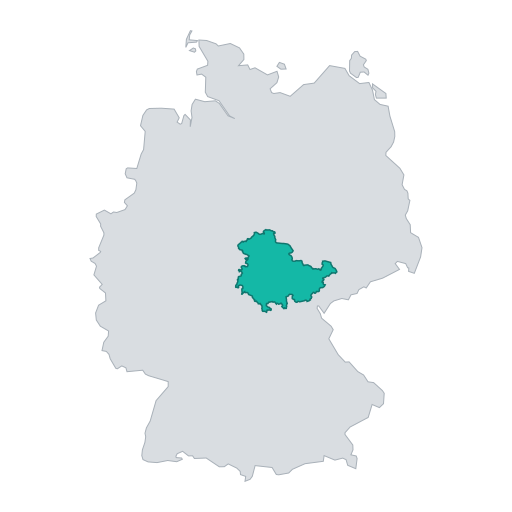 where Thüringen sits in Germany
{"feature_id": "DEU-1577", "entity_name": "Thüringen", "entity_type": "State", "adm_level": 1, "iso_a3": "DEU", "parent_name": "Germany", "parent_adm1": "", "projection": "albers", "projection_center": [10.909, 50.922], "detail": "fine", "context": "in_parent", "style": "filled", "palette": "teal", "viewbox_px": 512, "rotation_deg": 0, "n_neighbors": 0, "source": "natural_earth", "source_scale": "10m", "svg_char_len": 9585}
<svg xmlns="http://www.w3.org/2000/svg" viewBox="0 0 512 512"><path d="M219.3,466.8L206.2,458.0L194.4,458.5L192.6,455.8L188.5,455.9L182.6,451.3L177.2,453.7L175.9,456.2L176.2,457.6L181.6,458.0L182.3,459.3L176.7,461.7L167.7,460.5L157.0,462.6L148.1,461.9L143.0,459.6L141.8,455.6L142.4,449.9L144.9,442.4L145.7,436.8L145.0,433.2L146.4,427.9L150.2,421.0L156.1,400.6L168.2,386.6L168.2,381.6L148.6,375.7L145.4,374.1L142.7,370.2L127.0,371.7L125.9,367.8L121.8,365.9L117.3,368.8L115.8,368.3L110.2,358.8L109.0,354.4L106.3,351.4L102.0,350.6L103.8,342.2L108.2,336.2L108.6,331.0L100.3,326.2L96.3,320.0L95.6,313.0L98.6,305.2L105.9,300.8L105.5,293.0L99.8,288.5L99.5,287.2L102.2,284.4L93.9,274.9L96.5,266.2L95.1,263.5L91.2,261.2L90.0,258.5L93.0,258.0L100.3,252.4L100.7,251.4L98.7,250.4L98.7,247.8L103.9,235.1L103.9,232.8L100.6,226.2L100.7,224.0L96.2,216.5L96.3,214.1L104.4,210.1L110.9,213.8L113.5,212.0L116.8,212.5L125.0,209.6L127.4,205.8L124.4,202.4L124.9,199.8L134.3,193.1L135.9,189.7L136.8,183.1L135.8,180.8L134.7,179.3L127.0,177.8L125.2,173.8L126.2,168.8L127.6,167.9L136.8,168.5L141.2,154.0L143.6,149.6L145.2,131.4L140.5,125.7L142.9,115.4L146.6,109.9L149.3,108.5L161.2,108.2L174.1,109.1L179.2,117.8L177.1,122.1L180.2,124.2L181.7,123.5L183.9,115.6L185.1,114.4L190.4,119.9L190.2,126.8L192.0,117.5L191.1,110.9L192.1,104.5L195.4,99.2L204.8,101.7L215.3,100.8L219.3,103.4L228.0,115.8L234.8,118.6L229.6,115.9L219.0,100.7L207.7,96.6L205.3,92.2L205.8,77.2L201.6,74.1L197.0,75.0L196.4,71.6L197.3,69.1L207.6,65.3L207.9,61.3L199.1,46.4L198.9,40.0L206.6,40.5L216.0,43.8L218.3,46.0L230.3,43.5L239.5,47.9L243.8,54.1L243.9,59.5L238.5,65.7L247.7,64.9L250.0,69.5L255.0,67.8L267.5,74.9L277.0,71.3L278.7,77.0L276.9,82.7L270.1,88.8L271.6,92.6L273.8,93.5L280.1,92.6L290.2,96.3L303.6,84.6L314.2,83.1L329.6,65.6L344.9,68.4L349.1,75.7L359.6,83.6L368.9,82.5L372.5,90.1L374.4,99.6L380.0,104.4L388.1,106.2L389.9,116.1L394.7,131.7L394.8,136.5L393.6,142.0L391.1,146.7L386.0,152.3L385.8,155.5L399.9,168.3L403.9,174.9L402.1,184.7L404.5,189.4L406.9,190.8L407.9,193.2L408.2,198.9L409.9,200.4L407.7,210.8L405.3,215.1L406.3,218.6L410.2,224.7L410.6,232.7L418.5,237.4L422.0,247.7L420.6,256.9L414.3,273.3L408.6,271.4L408.8,268.0L407.7,267.8L405.7,263.6L397.4,261.4L395.2,263.6L399.5,269.4L382.7,278.1L370.4,281.8L366.2,288.0L363.9,286.8L358.9,289.6L357.0,293.5L351.0,294.8L348.4,299.8L341.8,298.5L333.9,300.9L330.4,303.5L324.1,313.3L318.7,305.9L317.4,306.0L317.1,308.4L320.3,313.7L321.6,318.2L331.1,326.2L333.2,329.7L328.8,338.8L338.2,354.7L345.2,362.1L349.1,361.9L357.8,371.6L363.6,375.0L368.0,381.8L373.6,382.6L382.4,390.6L384.2,393.3L383.5,403.7L379.4,407.6L372.1,404.5L368.2,417.4L350.1,427.0L345.0,432.7L345.0,434.5L352.8,445.0L353.0,449.8L350.9,454.8L356.2,456.0L357.1,458.5L355.8,468.7L347.7,465.3L346.1,459.7L342.7,458.1L334.9,460.1L324.1,455.6L323.3,461.3L305.0,463.7L292.4,469.3L288.7,473.0L278.7,474.8L276.3,474.5L272.1,467.5L255.1,465.6L252.3,476.3L250.1,479.3L245.0,481.3L245.7,476.4L240.5,474.6L240.2,471.4L236.8,468.1L228.2,463.9L224.3,466.7L219.3,466.8ZM367.9,69.3L368.9,73.2L368.0,75.2L364.1,72.0L360.3,72.2L358.2,77.3L356.5,77.6L350.5,73.2L349.5,71.0L349.7,60.6L351.4,58.3L351.6,55.1L354.7,51.6L357.6,51.4L360.1,56.2L365.8,59.2L366.3,60.6L363.4,64.8L364.2,67.0L367.9,69.3ZM385.9,93.5L386.2,98.1L376.4,98.1L375.4,94.6L376.0,91.3L372.6,87.8L372.5,83.9L385.9,93.5ZM188.0,42.8L185.8,47.4L186.4,39.3L190.4,30.7L191.9,31.0L189.7,34.9L189.2,39.8L197.5,40.6L196.5,42.1L188.0,42.8ZM286.1,69.0L280.9,69.2L276.9,66.3L279.4,62.4L284.4,64.2L286.1,69.0ZM195.8,50.9L194.5,52.2L189.5,50.6L193.3,48.0L195.4,48.8L195.8,50.9Z" fill="#d9dde1" stroke="#a8b0b8" stroke-width="1"/><path d="M238.8,248.7L238.6,248.5L238.7,247.9L238.5,247.1L238.1,246.6L237.9,245.7L237.9,245.4L238.2,244.8L240.7,242.7L241.1,242.2L241.9,241.8L242.2,241.3L243.2,242.0L243.4,242.0L243.8,241.4L244.3,241.3L246.1,241.4L246.0,240.9L246.9,240.4L247.3,239.7L247.2,239.3L247.3,239.1L247.6,238.7L248.3,238.7L248.6,239.2L249.1,239.2L251.2,238.0L251.6,237.1L252.8,236.3L253.1,235.8L253.7,235.4L253.9,235.1L254.5,233.4L254.3,232.8L254.3,232.6L256.0,232.2L256.3,232.3L258.0,233.2L259.3,234.3L260.8,234.3L263.0,233.3L263.3,233.3L264.0,234.0L264.3,233.8L264.3,233.1L263.4,231.7L263.5,231.4L264.1,230.7L265.9,229.6L266.5,230.0L269.7,229.9L271.3,230.8L272.4,230.8L272.8,231.3L274.0,231.8L274.5,231.8L274.8,232.1L275.0,232.6L275.0,233.1L274.9,233.3L274.5,233.4L273.8,233.2L273.6,233.5L273.6,233.8L274.1,235.3L274.8,236.3L274.8,237.6L275.3,238.9L275.7,239.5L275.5,240.8L275.5,241.8L275.8,242.3L276.7,242.9L282.3,243.5L283.8,243.5L287.2,244.0L288.1,244.3L290.0,245.8L291.0,247.6L293.1,250.7L292.8,251.4L292.1,252.3L291.1,252.9L289.3,253.2L288.8,253.9L289.2,254.6L290.1,255.2L290.8,255.5L291.2,255.9L292.0,257.2L292.2,258.1L292.3,259.0L291.9,259.4L292.1,260.4L292.5,260.9L293.1,261.2L295.1,261.2L296.2,260.6L297.9,260.8L299.6,260.8L301.0,260.5L302.0,261.2L302.0,261.5L302.1,262.6L302.4,263.2L302.6,263.6L303.0,264.2L303.2,265.0L303.7,265.5L303.9,265.6L304.4,265.2L307.6,264.9L308.1,265.0L308.9,265.6L310.7,266.3L311.2,266.8L311.4,267.5L311.8,267.9L313.0,268.5L313.0,269.0L315.7,268.7L317.8,269.3L318.8,268.8L320.0,269.7L320.2,270.2L320.5,270.2L321.2,269.7L321.0,269.2L321.1,268.7L322.3,267.1L323.2,265.5L323.2,265.1L323.0,264.7L322.7,264.4L322.1,264.2L322.2,262.8L322.8,261.6L322.7,261.2L325.0,260.9L330.7,262.5L331.0,264.2L332.1,266.1L332.5,267.0L333.0,267.5L335.1,268.5L336.0,269.9L336.8,271.5L336.8,272.0L336.2,272.3L335.5,273.3L335.0,272.9L334.5,273.0L333.3,272.9L332.5,273.0L331.8,272.7L331.6,273.3L330.2,274.2L329.4,275.1L328.8,276.1L328.6,276.1L328.1,275.8L326.8,276.0L325.4,277.2L322.8,278.0L322.7,278.6L323.2,279.1L323.8,279.3L323.9,279.7L323.3,280.5L322.9,280.6L322.5,280.9L322.2,281.6L322.2,282.1L322.8,282.0L323.2,282.3L323.3,282.5L323.1,283.3L323.4,284.1L323.6,284.5L324.0,284.7L324.9,284.7L325.2,284.8L324.5,286.1L324.1,286.6L322.7,287.6L320.3,287.7L319.3,289.0L319.4,290.2L319.2,291.1L318.9,291.4L317.9,291.7L317.1,291.4L316.5,291.5L315.7,292.9L315.3,293.2L314.7,293.2L314.2,292.5L313.9,292.4L313.6,292.3L313.2,292.4L312.4,293.5L311.5,294.2L310.9,295.3L310.9,295.6L310.9,295.9L311.5,296.4L311.7,296.8L311.7,297.3L311.3,297.8L311.2,298.5L310.3,298.9L310.0,299.2L309.9,299.6L310.2,300.0L309.0,300.8L307.2,301.4L307.2,300.9L306.4,300.6L306.2,300.2L305.7,300.1L304.9,300.3L304.7,300.6L304.1,300.8L299.7,301.8L298.6,301.4L297.8,301.4L297.3,302.1L296.2,302.3L294.8,301.3L294.7,301.1L294.6,299.8L294.4,299.5L294.0,299.4L293.5,299.5L292.7,298.8L292.3,298.6L292.2,298.1L292.3,296.1L292.8,295.7L293.0,295.5L292.5,294.6L291.9,294.4L289.6,294.3L289.2,294.7L288.8,294.9L288.5,295.8L287.7,296.3L287.0,296.4L286.0,296.9L286.3,297.9L286.2,298.3L286.5,299.5L286.4,300.9L286.6,301.3L286.6,301.9L287.0,302.7L287.2,303.5L286.7,303.8L286.8,304.5L286.4,305.7L286.7,306.6L286.3,307.6L286.3,308.1L286.3,308.4L285.9,308.5L285.0,308.2L284.5,307.8L284.3,307.9L283.9,308.6L282.1,306.9L281.8,306.4L282.6,305.6L282.6,305.2L281.9,304.0L281.3,303.8L281.1,303.2L280.5,303.3L280.0,303.8L278.7,304.2L278.4,304.1L278.2,303.8L277.7,303.4L276.7,303.3L276.5,303.9L276.4,304.1L276.0,303.7L274.7,301.9L274.2,301.9L273.0,302.2L272.5,301.6L272.2,301.5L271.6,301.8L270.8,301.7L269.8,302.2L269.1,302.0L268.7,302.2L267.9,303.6L267.7,303.7L266.9,303.4L266.6,303.6L266.4,303.9L266.3,305.7L266.6,306.0L267.6,306.6L268.3,307.4L269.4,307.4L269.6,307.6L269.7,308.1L269.9,308.3L271.0,308.7L271.2,309.4L271.1,310.0L270.9,310.3L270.5,310.4L269.4,309.9L267.9,310.2L267.2,310.0L266.9,310.3L266.7,312.1L266.5,312.3L265.3,311.5L264.4,311.3L262.7,311.3L262.2,310.6L262.2,310.4L262.3,310.0L262.3,309.8L261.9,308.8L261.8,308.6L262.1,307.3L261.8,305.4L260.8,304.6L260.3,303.5L259.7,303.6L259.4,303.9L258.3,303.8L258.1,303.1L257.2,302.2L256.8,301.8L256.5,301.2L255.6,301.4L254.9,301.3L254.6,301.1L254.4,300.6L254.8,300.1L254.7,299.8L253.7,299.0L253.1,298.1L252.6,297.7L252.4,297.4L252.4,296.6L252.3,296.1L252.1,295.9L248.6,294.5L248.1,293.2L247.3,292.5L245.2,292.6L244.9,292.5L244.7,291.6L244.1,292.0L242.1,294.2L241.8,294.2L241.7,294.1L241.8,293.7L242.2,292.1L241.9,291.2L241.9,289.8L241.8,289.1L242.3,288.5L242.5,288.3L242.8,288.4L242.9,288.2L242.9,286.8L242.5,285.8L242.3,285.5L240.1,285.0L239.1,285.5L238.4,285.7L238.2,286.0L238.2,286.3L238.7,287.1L238.5,287.6L238.2,287.8L237.7,287.7L236.7,287.2L236.0,287.4L235.7,287.2L235.7,286.0L235.8,285.5L236.3,284.7L236.7,284.4L237.0,284.0L237.0,283.3L237.8,281.7L237.9,280.6L237.4,279.9L237.6,279.4L238.0,279.2L238.2,279.3L238.3,279.2L238.2,278.0L238.4,277.2L238.4,276.9L238.7,276.6L239.3,276.4L240.0,276.3L241.1,275.9L241.3,275.7L241.3,275.1L241.2,274.7L241.3,274.5L242.4,273.1L242.0,272.5L241.5,271.6L240.7,270.9L240.2,271.0L239.7,271.6L239.4,271.7L239.3,271.2L239.3,270.6L239.3,270.4L239.2,270.3L238.9,270.6L238.6,270.5L238.6,270.3L238.7,269.8L238.8,269.6L239.2,269.5L239.6,269.8L240.9,269.9L241.9,269.7L242.1,269.2L242.0,268.5L241.6,267.9L241.4,267.7L241.3,267.3L241.4,266.5L242.3,265.9L243.8,265.8L244.2,266.0L244.8,265.8L244.9,266.0L244.9,266.4L245.3,266.7L247.4,266.6L248.0,265.2L248.1,264.9L247.9,264.5L247.5,263.8L246.7,263.6L246.3,263.3L245.6,263.1L245.6,262.9L245.8,261.7L246.0,261.2L246.5,260.4L246.6,259.7L245.6,259.3L245.4,258.8L245.1,258.5L245.4,258.2L246.2,258.0L246.8,258.0L247.2,258.5L247.2,259.0L247.5,259.3L247.6,259.7L247.9,259.4L248.1,257.6L248.3,257.0L248.8,256.4L249.0,256.0L248.9,255.7L247.7,255.1L246.8,254.4L245.9,254.4L245.4,254.0L244.6,253.9L243.4,253.3L243.3,253.1L243.1,252.2L242.5,251.8L242.4,251.4L242.4,251.1L242.6,250.6L242.4,250.3L240.7,249.8L240.0,249.8L239.6,249.4L239.4,248.9L238.8,248.7Z" fill="#14b8a6" stroke="#0f766e" stroke-width="1.5"/></svg>